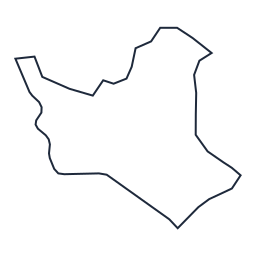 the District of Đakovica
{"feature_id": "KOS-5890", "entity_name": "Đakovica", "entity_type": "District", "adm_level": 1, "iso_a3": "XKX", "parent_name": "Kosovo", "parent_adm1": "", "projection": "equal_earth", "projection_center": [20.354, 42.389], "detail": "fine", "context": "isolated", "style": "outline", "palette": "slate", "viewbox_px": 256, "rotation_deg": 0, "n_neighbors": 0, "source": "natural_earth", "source_scale": "10m", "svg_char_len": 660}
<svg xmlns="http://www.w3.org/2000/svg" viewBox="0 0 256 256"><path d="M64.3,174.2L58.3,173.4L54.2,168.9L49.8,158.1L49.0,153.4L49.9,144.4L48.7,139.3L45.8,135.3L37.9,128.7L35.6,124.6L36.2,120.4L41.4,112.6L41.6,107.2L39.1,102.1L32.3,95.7L29.5,92.0L15.4,58.7L34.5,56.6L42.3,76.9L69.5,88.8L92.8,95.6L103.2,80.3L113.6,83.7L126.5,78.6L131.7,66.8L135.6,48.2L151.1,41.4L160.2,27.8L177.1,27.8L192.6,38.0L211.6,53.0L199.4,60.7L194.1,74.9L196.2,92.9L195.8,114.2L195.7,134.8L207.6,151.4L223.5,162.4L231.8,167.8L240.6,175.3L231.9,188.5L209.2,199.1L198.4,207.1L177.7,228.2L169.3,219.3L106.7,174.7L98.9,173.4L64.3,174.2Z" fill="none" stroke="#1e293b" stroke-width="2"/></svg>